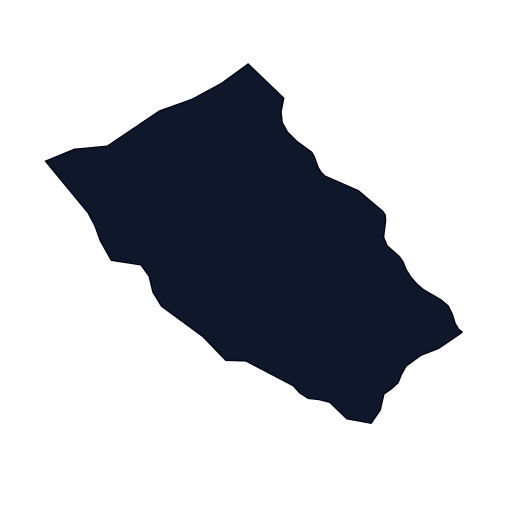 an SVG outline of Rize, rotated 77°
{"feature_id": "TUR-2301", "entity_name": "Rize", "entity_type": "Province", "adm_level": 1, "iso_a3": "TUR", "parent_name": "Turkey", "parent_adm1": "", "projection": "albers", "projection_center": [40.921, 40.922], "detail": "fine", "context": "isolated", "style": "filled", "palette": "ink", "viewbox_px": 512, "rotation_deg": 77, "n_neighbors": 0, "source": "natural_earth", "source_scale": "10m", "svg_char_len": 913}
<svg xmlns="http://www.w3.org/2000/svg" viewBox="0 0 512 512"><g transform="rotate(77 256 256)"><path d="M67.2,220.5L108.5,193.5L121.2,199.2L131.9,200.5L142.3,197.5L153.6,190.4L167.5,178.4L172.4,176.9L183.7,175.6L189.3,173.7L193.8,170.7L215.5,141.6L241.0,122.5L245.2,120.9L250.7,121.8L266.3,127.5L275.5,126.0L289.2,116.3L295.2,114.0L302.8,112.9L311.3,110.0L319.4,105.7L326.2,100.7L340.6,85.5L348.0,80.0L357.2,77.8L366.7,77.2L373.2,75.0L376.5,72.3L377.3,73.8L387.0,98.8L389.8,117.8L397.0,134.5L403.8,140.8L411.3,146.0L415.7,153.8L419.3,162.5L433.8,169.5L444.8,181.4L435.0,204.1L415.2,216.9L409.9,227.1L406.5,237.0L399.3,244.1L390.8,248.8L355.9,289.5L350.8,308.9L322.7,325.7L283.7,359.3L268.0,364.5L251.8,364.6L238.7,370.1L227.6,397.9L205.7,404.3L190.7,406.0L176.0,409.9L116.3,439.7L111.2,408.9L115.6,376.2L93.0,317.4L89.0,283.0L80.1,250.8L67.2,220.5Z" fill="#0f172a" stroke="#020617" stroke-width="1.5"/></g></svg>